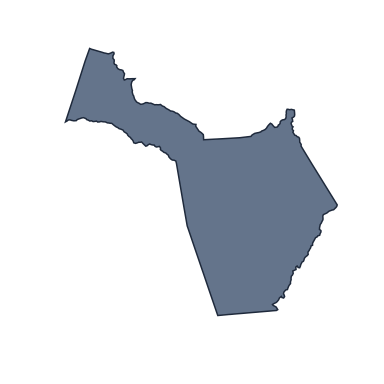 outline of Colinas, Maranhão, Brazil, rotated 18°
{"feature_id": "56859067B48571840194208", "entity_name": "Colinas", "entity_type": "district", "adm_level": 2, "iso_a3": "BRA", "parent_name": "Brazil", "parent_adm1": "Maranhão", "projection": "albers", "projection_center": [-44.236, -6.084], "detail": "fine", "context": "isolated", "style": "filled", "palette": "slate", "viewbox_px": 384, "rotation_deg": 18, "n_neighbors": 0, "source": "geoboundaries", "source_scale": "gbopen_adm2", "svg_char_len": 4176}
<svg xmlns="http://www.w3.org/2000/svg" viewBox="0 0 384 384"><g transform="rotate(18 192 192)"><path d="M264.0,82.5L261.0,82.7L259.3,83.6L258.1,83.6L256.9,83.9L256.7,85.3L256.9,86.9L257.5,88.2L257.6,89.6L258.3,91.4L258.4,93.2L257.6,94.5L255.7,95.5L254.8,96.5L254.2,97.9L254.6,99.5L254.2,100.8L253.4,101.7L253.4,103.0L252.8,104.0L250.7,105.0L248.5,103.8L246.9,102.7L245.3,102.4L244.1,104.8L243.5,106.5L243.1,108.3L242.2,110.0L240.8,111.4L239.4,112.5L238.8,113.6L237.0,114.9L235.5,115.7L233.5,116.9L232.2,118.4L231.4,119.4L230.9,120.9L220.5,125.7L202.3,132.8L186.9,138.7L185.9,135.9L185.0,133.9L182.7,132.8L181.2,132.3L179.9,132.0L178.9,131.2L175.2,128.3L174.9,126.5L172.5,127.0L171.3,127.0L167.7,125.9L162.3,125.0L157.8,123.6L155.5,122.3L153.7,121.7L151.9,121.9L150.7,121.4L149.2,121.2L147.8,121.3L146.6,121.6L144.7,121.0L141.7,120.5L139.0,119.4L137.3,119.4L135.0,118.5L133.0,119.5L130.9,120.0L129.7,120.6L125.5,120.2L123.8,120.8L122.0,120.8L120.3,121.3L119.2,122.5L118.0,123.5L116.1,124.5L114.5,124.0L112.9,123.8L111.4,123.5L110.3,122.6L109.1,121.8L108.2,120.7L107.5,119.7L106.8,118.6L105.8,117.8L105.0,116.6L104.2,115.3L104.0,113.9L103.1,112.7L102.4,111.5L101.6,109.9L101.0,108.8L100.8,107.3L100.7,105.8L101.2,104.1L102.4,103.0L102.8,101.8L100.4,102.6L97.3,103.8L95.3,104.3L94.2,105.5L93.0,106.4L91.7,105.0L91.5,102.2L91.3,100.4L89.8,99.2L88.7,97.8L87.1,97.7L85.3,98.0L83.4,97.6L81.7,96.4L81.5,95.1L80.3,94.5L78.9,94.5L77.9,93.4L77.6,91.6L77.1,90.3L75.5,89.4L74.7,86.9L75.2,84.7L74.5,83.4L73.3,83.5L71.4,85.3L69.7,86.5L67.0,86.7L65.5,86.9L63.0,86.9L57.3,87.1L53.8,87.2L52.5,87.3L50.3,87.1L49.9,100.4L50.1,131.7L50.0,164.4L51.4,162.9L52.0,161.8L53.6,161.1L55.5,161.1L57.7,160.8L59.9,159.9L60.4,158.7L61.5,157.7L62.9,156.7L64.3,155.6L65.9,154.8L68.5,155.0L69.5,155.7L71.1,155.7L72.9,156.1L74.4,155.3L76.2,155.6L78.2,154.7L79.3,154.1L80.7,154.6L82.4,153.9L83.6,153.0L85.8,152.7L88.0,152.1L90.1,152.4L91.4,152.1L93.0,151.9L94.5,151.5L96.3,152.3L98.2,153.0L99.7,153.5L101.6,153.7L103.1,154.3L104.5,154.2L107.2,154.4L108.8,155.7L110.8,156.2L112.5,156.8L113.2,157.7L114.7,158.6L116.7,159.2L117.6,160.1L118.9,160.6L120.3,161.7L121.4,163.2L123.3,163.2L125.0,162.0L126.0,161.1L127.2,160.8L128.6,160.0L130.6,161.1L132.6,162.1L133.9,162.7L135.0,161.9L135.9,160.4L137.0,159.4L138.4,159.6L140.2,159.4L141.7,159.1L142.7,160.0L144.2,160.2L145.4,159.6L147.0,158.7L148.5,159.9L148.7,161.2L149.7,161.9L151.4,162.3L153.1,163.0L155.0,163.0L156.6,163.8L158.1,164.3L159.2,165.8L161.4,167.1L163.3,167.7L165.2,167.3L167.0,167.5L168.3,169.5L169.1,171.0L188.0,207.0L197.9,225.7L199.8,228.2L207.4,238.4L225.3,262.3L228.1,266.0L236.3,277.0L237.5,278.6L243.5,286.6L253.1,299.4L254.7,301.5L265.1,297.0L266.9,296.3L269.4,295.2L277.3,291.9L280.6,290.5L303.9,280.7L305.0,280.2L308.9,278.6L309.9,277.4L307.6,275.4L305.6,275.0L304.3,274.8L303.3,274.1L304.5,272.7L306.1,271.2L306.8,270.1L307.7,267.8L307.9,265.7L309.2,263.7L310.1,264.6L311.9,264.5L312.4,262.9L311.6,261.6L310.5,260.6L310.3,258.9L310.9,257.3L311.5,256.1L312.9,255.3L312.9,253.6L313.0,252.1L313.2,250.7L314.0,248.7L313.4,247.0L313.4,244.8L312.8,243.3L312.5,241.4L313.2,239.9L313.4,238.1L312.3,236.0L313.9,234.5L314.9,233.6L313.9,231.4L314.8,229.9L316.3,231.0L317.8,230.8L318.0,229.2L317.9,227.4L318.3,224.7L319.4,223.4L319.5,222.1L319.4,220.7L319.6,219.5L320.5,217.9L321.3,216.8L321.8,215.4L321.2,214.3L320.9,213.2L321.5,211.4L321.6,210.2L322.0,208.9L322.0,207.5L322.0,206.2L323.1,205.5L322.5,203.3L322.9,201.2L323.3,199.2L323.6,197.3L324.9,196.0L325.2,194.8L326.8,193.7L326.7,192.0L327.0,190.1L326.5,188.8L324.8,188.2L324.3,186.3L324.0,183.3L324.6,181.5L324.7,180.1L325.1,178.0L324.8,176.8L323.9,174.6L323.8,173.4L324.4,172.4L325.8,171.2L326.9,170.1L327.5,169.1L328.5,167.6L329.6,166.9L330.5,166.1L332.2,165.1L333.7,162.2L334.1,161.1L334.1,159.4L296.9,127.9L281.6,114.7L281.1,113.0L280.1,112.1L279.1,111.4L278.4,109.4L277.6,107.7L276.5,106.9L275.0,106.9L273.4,106.1L272.1,106.2L270.9,105.1L269.5,104.0L269.6,102.4L268.1,101.5L267.6,100.0L268.0,98.8L266.8,98.4L266.0,97.4L265.1,96.3L265.0,94.9L266.0,93.8L265.2,92.1L264.2,90.8L265.5,89.3L266.0,88.2L265.8,86.8L264.9,84.5L264.0,82.5Z" fill="#64748b" stroke="#1e293b" stroke-width="1.5"/></g></svg>